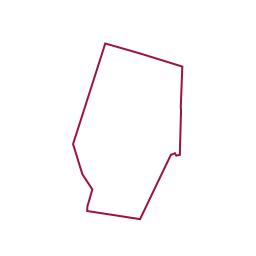 Gonzales, Texas, United States of America, rotated 148°
{"feature_id": "52423323B16861027908547", "entity_name": "Gonzales", "entity_type": "district", "adm_level": 2, "iso_a3": "USA", "parent_name": "United States of America", "parent_adm1": "Texas", "projection": "orthographic", "projection_center": [-97.525, 29.447], "detail": "fine", "context": "isolated", "style": "outline", "palette": "rose", "viewbox_px": 256, "rotation_deg": 148, "n_neighbors": 0, "source": "geoboundaries", "source_scale": "gbopen_adm2", "svg_char_len": 377}
<svg xmlns="http://www.w3.org/2000/svg" viewBox="0 0 256 256"><g transform="rotate(148 128 128)"><path d="M77.5,183.9L102.5,211.7L162.6,160.8L183.1,143.5L191.2,113.0L190.8,94.8L204.0,83.0L206.6,79.2L166.1,44.3L105.9,82.5L101.6,81.8L101.7,79.0L98.2,77.8L91.4,88.2L73.7,114.8L72.2,117.7L53.4,145.4L49.4,151.3L77.5,183.9Z" fill="none" stroke="#9f1239" stroke-width="2"/></g></svg>